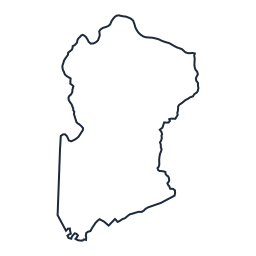 Santa Terezinha, Bahia, Brazil
{"feature_id": "56859067B33761170637815", "entity_name": "Santa Terezinha", "entity_type": "district", "adm_level": 2, "iso_a3": "BRA", "parent_name": "Brazil", "parent_adm1": "Bahia", "projection": "mercator", "projection_center": [-39.565, -12.74], "detail": "fine", "context": "isolated", "style": "outline", "palette": "slate", "viewbox_px": 256, "rotation_deg": 0, "n_neighbors": 0, "source": "geoboundaries", "source_scale": "gbopen_adm2", "svg_char_len": 2917}
<svg xmlns="http://www.w3.org/2000/svg" viewBox="0 0 256 256"><path d="M90.4,231.1L91.7,228.7L92.7,227.0L93.8,225.5L95.4,223.0L97.3,221.0L99.6,219.2L104.2,221.7L108.6,225.6L115.0,219.0L116.2,220.2L117.5,221.9L119.3,221.2L120.8,220.2L122.3,219.2L125.0,218.2L128.2,215.5L129.9,214.3L132.6,213.6L135.9,212.6L138.7,211.8L141.7,211.9L143.8,210.6L145.1,209.2L147.7,207.5L153.4,205.5L160.7,203.0L174.6,195.6L175.1,192.6L174.9,190.3L173.0,188.9L170.1,188.7L169.3,186.3L168.0,184.8L167.4,183.2L169.1,181.2L169.1,178.6L168.2,176.4L166.7,175.4L165.5,173.8L165.4,172.0L163.8,171.4L161.6,171.1L159.6,171.0L158.2,170.1L157.5,168.1L158.7,166.8L159.3,164.5L159.2,161.5L159.2,159.0L159.6,156.0L160.1,153.6L161.1,151.3L161.6,149.2L160.8,147.4L160.8,144.6L160.0,142.3L161.1,140.6L161.8,138.2L161.5,135.7L162.1,134.0L161.4,131.9L159.8,129.7L161.1,128.7L162.5,127.6L163.2,125.3L164.2,122.4L166.3,122.6L168.6,122.5L169.9,120.9L169.2,119.2L171.4,118.6L175.3,118.8L176.7,116.5L177.7,114.9L177.3,112.9L177.9,110.8L178.1,108.4L178.1,106.6L179.2,104.8L181.9,103.0L183.7,101.5L185.5,100.0L187.8,98.9L189.8,97.5L193.0,96.3L194.3,94.2L197.0,92.3L197.8,90.8L198.4,88.2L198.0,85.9L197.9,82.9L196.3,80.8L195.9,78.2L196.8,76.2L197.9,74.4L197.1,71.6L195.5,69.7L194.8,67.8L194.4,64.9L194.5,62.6L194.7,58.6L194.2,55.6L194.8,53.5L192.4,52.9L190.3,53.2L187.9,53.1L185.4,52.3L183.6,50.7L181.9,49.1L179.0,48.1L176.7,47.3L173.7,45.7L170.6,43.9L168.9,43.0L166.5,42.4L163.4,41.4L161.6,40.7L159.4,39.6L156.8,38.7L154.9,38.3L152.3,37.7L150.3,37.6L147.5,37.4L145.5,37.2L143.2,36.4L140.5,34.6L138.4,32.6L137.3,31.0L136.2,29.2L135.1,26.7L134.6,24.6L133.2,20.7L131.6,19.2L130.0,18.2L128.3,17.5L125.9,16.6L123.3,16.3L121.1,15.9L119.0,15.4L116.7,15.6L114.8,16.9L113.1,18.8L111.5,21.2L110.1,24.5L108.1,26.1L105.6,27.1L102.8,27.9L100.4,29.6L99.2,31.5L99.6,33.5L99.7,35.6L99.1,37.3L98.0,40.3L96.5,41.8L93.7,43.4L90.7,43.6L88.6,41.7L87.7,39.8L86.1,37.2L84.3,35.6L82.5,34.8L81.0,35.7L79.8,37.1L78.5,38.3L77.5,40.0L76.9,42.8L74.7,45.2L72.7,46.1L72.5,48.2L71.8,49.7L70.0,51.2L68.2,52.6L67.9,54.9L65.7,57.9L64.0,60.6L63.4,62.9L62.5,65.4L62.4,67.4L62.9,69.9L63.9,71.9L64.9,74.5L66.8,76.2L69.0,77.5L70.6,78.4L70.4,81.2L70.3,83.7L72.1,85.0L73.4,86.3L72.9,88.2L72.4,89.7L72.3,92.1L71.0,94.5L69.4,95.8L68.5,97.4L68.7,99.9L70.0,102.2L71.6,104.3L72.3,106.3L73.1,108.1L73.3,110.2L74.3,111.9L73.9,113.9L76.4,122.0L77.6,123.3L79.1,124.2L81.4,126.2L83.1,128.2L82.8,130.3L81.8,131.7L80.9,133.1L79.9,134.7L78.4,136.9L75.8,139.0L73.3,140.4L71.1,141.3L68.8,140.4L67.9,138.2L66.8,136.0L65.0,134.3L63.1,134.4L60.8,135.9L60.0,149.8L58.9,179.8L57.6,215.1L66.0,230.8L67.9,228.7L69.8,228.5L70.1,230.8L70.8,233.7L69.0,234.5L67.4,235.7L68.6,238.0L71.3,238.7L71.8,236.8L73.2,235.0L74.8,233.3L76.5,233.9L77.9,235.4L76.9,237.1L75.5,238.9L77.9,240.2L80.6,240.6L82.5,240.6L83.8,239.4L86.0,239.9L86.2,237.7L85.8,235.5L86.3,232.9L88.1,231.7L90.4,231.1Z" fill="none" stroke="#1e293b" stroke-width="2"/></svg>